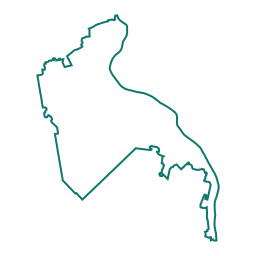 outline of Dunavas pag., Jekabpils, Latvia
{"feature_id": "27541924B9707023738482", "entity_name": "Dunavas pag.", "entity_type": "district", "adm_level": 2, "iso_a3": "LVA", "parent_name": "Latvia", "parent_adm1": "Jekabpils", "projection": "albers", "projection_center": [26.187, 56.189], "detail": "fine", "context": "isolated", "style": "outline", "palette": "teal", "viewbox_px": 256, "rotation_deg": 0, "n_neighbors": 0, "source": "geoboundaries", "source_scale": "gbopen_adm2", "svg_char_len": 5337}
<svg xmlns="http://www.w3.org/2000/svg" viewBox="0 0 256 256"><path d="M41.4,98.6L42.0,103.0L42.8,107.4L43.1,107.3L43.3,107.4L43.6,107.4L45.5,107.5L46.0,108.0L46.4,108.2L46.5,108.3L46.5,108.6L46.5,109.0L46.6,109.3L46.3,110.0L45.9,110.3L45.2,111.3L45.2,111.6L45.3,111.8L45.3,112.1L45.1,112.3L44.9,112.4L44.8,112.6L44.4,112.8L44.2,113.0L44.1,113.4L44.1,113.7L44.2,114.1L44.3,114.5L44.4,114.8L44.5,115.3L44.5,116.0L44.7,116.5L44.8,116.8L45.0,116.9L45.5,117.2L45.8,117.4L46.1,117.4L46.8,117.3L47.0,117.2L47.3,116.8L47.6,116.2L48.0,115.6L48.3,115.2L48.6,115.1L49.3,115.6L50.0,116.3L50.3,116.5L50.7,116.6L51.0,116.8L51.3,117.4L51.7,118.1L51.9,118.4L52.0,118.6L52.0,118.9L52.0,119.3L52.0,119.5L51.9,119.7L51.8,119.9L51.2,120.3L51.1,120.5L51.1,121.0L51.4,121.4L51.5,121.7L51.6,121.9L51.6,122.2L52.1,122.7L56.9,127.1L57.1,127.3L57.1,127.5L57.8,131.8L57.9,132.0L57.9,133.6L55.0,134.1L55.2,135.9L55.7,138.5L56.2,141.5L58.2,153.7L58.3,154.2L61.1,170.6L62.8,180.4L62.9,180.5L69.4,187.3L69.5,187.4L75.1,193.3L75.2,193.5L76.5,193.1L78.7,195.7L79.3,196.4L79.5,196.5L82.3,199.6L107.0,176.0L135.8,148.3L141.3,148.9L141.3,149.0L147.5,149.7L150.7,150.1L151.6,149.2L150.5,148.2L150.0,147.9L149.8,147.7L149.7,147.4L149.8,146.8L150.7,146.3L151.5,145.9L153.3,146.5L157.0,147.1L158.8,148.6L159.0,151.6L157.1,151.7L157.2,152.4L157.3,152.5L158.2,153.8L159.2,154.7L162.5,156.0L163.6,156.3L162.5,157.3L161.7,162.9L162.4,163.1L162.2,163.5L164.0,165.1L164.0,165.6L163.5,166.4L163.0,168.3L161.9,169.7L162.2,170.2L161.7,171.5L160.7,173.2L160.3,173.3L159.7,173.2L159.4,173.8L160.4,174.0L159.9,175.3L160.1,175.6L160.3,176.0L161.1,176.1L162.2,176.0L162.7,173.9L167.7,179.0L168.2,176.5L168.3,176.2L168.7,174.1L169.9,168.8L170.0,168.7L170.3,168.5L170.9,167.8L171.5,167.3L171.8,167.2L172.5,167.2L172.8,167.1L173.1,166.9L173.3,166.6L173.4,166.3L173.4,166.1L173.8,165.7L175.3,164.9L175.8,164.8L176.4,164.8L176.7,164.6L176.8,164.8L181.2,169.3L183.8,166.8L183.7,166.8L185.1,165.5L188.4,162.4L188.9,162.8L187.9,164.2L190.5,164.5L191.6,165.3L191.9,165.9L192.3,168.0L192.8,168.7L196.4,169.8L196.7,169.9L200.0,169.6L200.9,169.5L201.4,169.2L201.7,168.9L203.8,169.4L204.5,171.6L205.4,173.3L206.4,172.6L206.7,173.3L206.7,174.3L205.8,176.0L205.3,176.7L205.4,178.5L204.0,180.3L204.3,181.1L205.1,181.3L205.1,181.2L209.5,182.2L210.6,184.5L210.7,184.9L207.4,199.6L205.3,198.9L206.3,195.3L206.2,195.1L205.8,195.1L204.5,194.6L200.4,204.8L200.6,207.4L202.2,207.6L202.2,207.8L202.4,207.9L202.5,207.9L202.8,207.9L203.5,207.9L204.2,208.0L204.8,208.1L206.1,207.8L206.3,207.5L206.3,207.4L206.7,207.2L207.0,212.1L206.9,216.7L207.1,218.8L207.7,220.4L207.8,220.6L207.8,221.3L208.7,229.0L207.2,229.9L207.4,231.2L205.0,231.8L205.5,233.3L205.6,234.1L205.6,234.9L205.2,236.2L206.9,237.0L208.7,237.6L209.0,237.6L209.3,237.7L209.5,237.4L209.9,237.3L210.9,237.2L211.0,238.1L210.9,239.0L210.8,239.6L210.9,240.3L211.4,240.0L212.5,239.7L212.9,239.4L213.2,240.0L213.6,240.3L214.2,240.6L216.4,240.5L216.2,236.7L216.1,234.4L215.8,232.6L215.2,230.1L214.6,226.2L214.5,222.8L214.8,218.7L215.3,214.8L214.8,211.5L214.6,206.3L214.8,201.8L216.4,197.1L217.8,192.1L218.6,188.9L218.6,185.3L217.4,180.8L216.3,177.0L214.7,173.5L213.1,170.8L211.1,167.2L209.5,164.5L207.8,161.4L206.2,158.3L204.5,154.9L202.1,151.0L201.4,149.4L200.2,147.5L198.4,145.9L196.5,144.1L193.8,141.9L187.6,137.4L184.8,135.4L183.1,133.5L180.9,130.3L179.2,127.9L177.4,125.5L177.1,124.0L177.0,122.7L176.9,120.7L177.1,118.6L177.0,116.8L176.7,115.0L175.9,113.6L174.9,112.3L173.3,111.0L170.9,109.2L167.8,107.1L163.5,104.6L159.6,102.4L158.4,101.2L155.2,98.7L152.3,96.7L148.3,94.8L143.7,93.1L141.8,92.8L137.5,92.1L127.1,89.5L125.3,88.8L123.3,87.7L121.5,86.4L120.0,84.9L118.2,82.4L112.7,75.1L110.7,71.4L110.1,69.7L109.7,68.4L109.9,66.7L110.7,63.5L111.5,61.2L112.3,59.4L113.4,57.6L115.2,55.4L116.2,54.4L118.8,52.5L119.4,51.9L120.6,50.4L121.5,48.7L122.2,46.2L122.6,43.9L123.0,41.8L123.2,41.3L123.9,40.1L124.8,38.9L126.1,36.6L126.7,35.1L127.2,32.3L127.1,30.3L127.1,27.6L127.0,26.3L126.7,25.4L126.1,24.6L124.5,23.5L121.8,21.8L120.2,20.5L118.6,18.8L117.9,17.2L117.2,15.4L116.3,15.7L115.7,15.9L115.5,15.5L115.4,15.5L115.3,16.0L115.2,16.2L115.0,16.3L114.9,16.5L114.9,17.2L114.9,17.4L114.8,18.0L114.8,18.4L114.7,18.8L114.9,19.1L114.8,19.8L114.7,20.0L114.3,20.2L114.1,20.2L113.9,20.0L113.5,20.1L113.3,19.9L112.9,19.8L112.4,19.6L112.1,19.5L111.6,19.7L111.3,19.7L111.1,19.8L110.6,19.8L110.4,19.8L110.0,20.0L109.5,20.2L109.0,20.1L108.7,20.3L108.3,20.2L108.2,20.3L108.1,20.6L107.7,20.8L107.6,21.1L107.7,21.3L107.2,21.3L107.0,21.5L105.4,21.9L104.9,22.1L102.8,22.6L99.7,23.7L96.4,24.8L94.8,25.8L92.8,27.0L88.8,28.8L89.3,29.5L89.6,30.7L89.4,32.7L89.6,36.5L88.6,36.5L86.1,36.7L85.9,37.1L84.5,37.5L83.9,37.9L82.2,38.4L82.0,38.6L81.6,40.5L81.7,41.1L81.7,41.4L82.3,42.0L82.5,42.6L82.6,42.8L82.1,43.7L82.0,43.9L81.4,44.2L81.2,44.5L81.7,45.6L82.4,46.3L81.8,47.0L80.6,47.8L78.3,48.9L77.7,49.3L75.0,50.0L74.5,50.2L73.6,50.9L67.1,56.2L67.7,57.7L68.9,59.8L71.6,65.3L64.6,67.0L63.1,63.6L62.5,62.2L63.3,59.2L60.3,59.7L59.9,58.6L58.7,58.9L58.9,60.0L56.4,60.5L56.3,59.9L54.4,58.1L53.5,58.4L53.0,58.6L53.6,60.0L52.8,59.8L51.4,60.7L51.2,60.4L49.4,60.7L49.0,60.7L48.5,61.4L48.0,61.9L45.6,62.3L45.9,63.6L44.5,63.7L44.0,65.0L44.3,66.0L45.1,67.7L44.6,69.8L42.3,69.7L42.9,73.4L41.5,74.8L37.4,75.5L37.9,78.6L38.1,79.4L39.3,87.2L40.3,92.6L41.4,98.6Z" fill="none" stroke="#0f766e" stroke-width="2"/></svg>